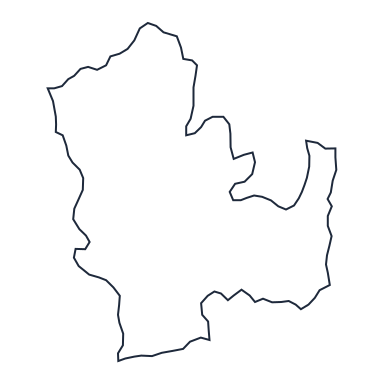 Ijaci, Minas Gerais, Brazil
{"feature_id": "56859067B18421767150420", "entity_name": "Ijaci", "entity_type": "district", "adm_level": 2, "iso_a3": "BRA", "parent_name": "Brazil", "parent_adm1": "Minas Gerais", "projection": "robinson", "projection_center": [-44.927, -21.175], "detail": "fine", "context": "isolated", "style": "outline", "palette": "slate", "viewbox_px": 384, "rotation_deg": 0, "n_neighbors": 0, "source": "geoboundaries", "source_scale": "gbopen_adm2", "svg_char_len": 1787}
<svg xmlns="http://www.w3.org/2000/svg" viewBox="0 0 384 384"><path d="M147.8,23.0L139.8,28.4L134.3,40.4L127.6,48.9L119.6,53.7L110.4,56.4L106.1,65.3L97.1,69.8L88.1,66.9L80.5,68.9L74.2,75.8L68.3,79.1L62.0,86.1L54.3,88.3L47.7,88.3L53.0,101.1L55.8,116.6L56.1,124.5L55.8,132.0L62.7,135.3L66.3,145.6L68.3,155.6L72.5,162.5L79.7,169.7L83.2,178.1L82.8,189.9L78.3,199.9L74.3,208.7L73.2,219.2L79.4,229.2L86.0,235.6L89.6,242.0L85.2,249.2L75.6,248.9L73.9,257.7L78.7,266.1L89.2,274.6L98.9,277.4L106.1,280.2L113.4,287.4L119.8,295.8L119.1,305.1L118.0,314.8L119.4,322.8L123.2,333.7L122.9,345.3L118.0,353.3L118.3,361.0L125.3,358.5L134.4,356.6L141.3,355.6L152.0,356.1L161.8,352.8L172.6,350.9L183.1,348.9L190.0,341.7L200.8,337.6L209.5,340.0L208.7,330.4L208.1,321.5L202.2,314.8L201.1,303.2L207.7,295.8L214.4,291.5L221.0,293.5L227.9,300.2L233.7,295.5L241.5,289.7L249.7,295.5L255.0,302.0L263.0,298.7L272.1,302.3L281.2,302.0L288.7,301.0L295.7,304.6L300.9,309.2L308.5,304.6L314.8,297.9L319.6,290.2L329.8,285.0L327.8,272.7L326.0,264.5L327.0,255.3L329.4,245.8L331.6,236.1L327.8,225.9L327.8,216.0L331.8,206.3L327.6,199.0L330.8,192.5L332.7,180.7L336.3,169.9L335.4,157.3L335.4,148.4L325.3,148.6L317.6,142.9L306.1,140.7L307.2,148.1L309.4,155.8L309.2,166.6L306.9,177.8L304.5,185.0L301.9,191.9L298.8,198.3L294.0,205.5L286.0,209.5L278.3,206.3L271.0,200.4L262.1,196.8L254.1,195.5L246.7,197.9L240.8,200.2L233.2,200.2L229.7,191.9L235.1,183.8L244.6,181.7L252.2,174.1L255.0,162.2L252.6,152.5L243.9,154.8L233.7,158.9L230.6,147.3L230.4,133.7L229.3,124.3L223.4,116.8L212.6,116.8L205.0,120.7L201.1,127.1L194.8,133.2L186.2,135.3L186.2,126.3L190.6,118.8L193.5,105.8L193.5,87.4L195.5,75.8L197.0,65.3L192.1,60.4L183.3,58.9L181.0,47.6L176.8,36.3L163.5,32.3L156.2,25.9L147.8,23.0Z" fill="none" stroke="#1e293b" stroke-width="2"/></svg>